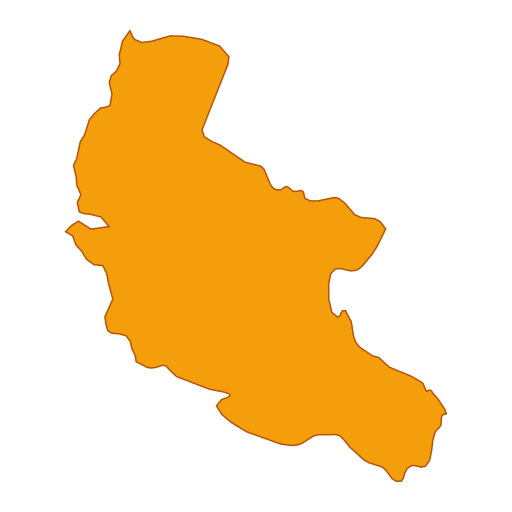 Kakheti, Equal Earth projection
{"feature_id": "GEO-3033", "entity_name": "Kakheti", "entity_type": "Region", "adm_level": 1, "iso_a3": "GEO", "parent_name": "Georgia", "parent_adm1": "", "projection": "equal_earth", "projection_center": [45.882, 41.802], "detail": "fine", "context": "isolated", "style": "filled", "palette": "amber", "viewbox_px": 512, "rotation_deg": 0, "n_neighbors": 0, "source": "natural_earth", "source_scale": "10m", "svg_char_len": 2369}
<svg xmlns="http://www.w3.org/2000/svg" viewBox="0 0 512 512"><path d="M129.9,30.7L132.3,36.1L134.6,39.5L142.1,42.5L151.8,41.2L170.0,35.9L183.0,36.2L202.0,39.4L219.6,46.1L228.9,56.8L228.8,57.1L228.1,63.9L202.0,129.9L204.3,136.8L211.1,141.1L220.2,145.2L245.1,162.2L260.9,166.2L264.0,169.2L270.5,184.7L272.9,188.0L275.9,189.6L280.2,189.9L281.8,189.3L284.8,187.0L286.7,186.5L288.2,187.2L292.0,190.5L293.9,191.4L298.0,191.2L301.1,190.4L303.3,191.9L304.9,198.4L310.3,200.9L317.3,201.0L330.6,198.3L330.8,198.3L332.7,197.8L334.6,197.6L336.5,197.8L338.7,198.4L344.7,203.0L354.6,214.6L361.1,217.5L374.6,218.6L380.1,221.6L385.7,228.9L377.1,246.4L372.2,254.1L362.5,265.8L359.2,268.7L355.6,270.4L350.8,270.9L340.2,268.5L335.2,269.0L330.8,273.6L328.7,283.8L328.8,298.9L331.8,312.3L337.9,317.3L339.9,315.7L341.0,313.0L342.5,310.7L345.7,310.6L346.2,312.2L351.3,321.8L351.6,323.9L353.4,335.5L355.5,342.0L359.4,347.0L371.3,355.1L374.0,356.3L378.6,357.4L389.3,367.2L411.5,376.4L422.7,383.0L426.4,391.3L429.9,390.0L431.5,391.0L433.3,393.8L437.7,398.6L444.9,409.5L446.4,413.8L445.7,414.2L443.8,413.9L441.8,416.2L441.3,418.5L441.1,423.8L440.6,425.7L439.3,427.6L436.3,430.4L435.0,432.3L432.8,440.3L431.6,450.6L429.7,460.2L428.5,462.0L425.3,466.3L420.9,467.1L416.5,465.9L412.1,465.4L407.2,468.4L404.7,473.2L403.4,477.9L401.4,481.1L396.4,481.3L392.3,478.8L385.9,470.3L382.2,467.0L368.6,462.6L363.8,459.8L350.4,447.7L343.7,439.5L340.1,436.0L336.0,434.6L318.9,434.7L313.8,435.8L308.0,439.5L302.0,443.3L297.5,445.0L292.0,445.5L280.9,444.1L247.1,432.0L235.6,425.1L231.2,422.4L221.8,414.4L216.4,405.9L221.4,399.7L226.7,397.8L229.9,396.1L229.6,394.2L224.3,392.1L209.5,389.2L176.7,376.6L169.3,369.7L166.0,365.9L162.7,365.3L155.1,367.6L150.6,368.0L147.0,367.3L136.1,361.7L135.4,356.6L133.9,352.7L132.0,349.2L130.4,341.7L126.2,335.8L119.1,333.8L111.8,333.3L107.8,330.6L106.1,324.8L104.9,316.8L112.8,299.1L108.5,283.2L106.7,273.6L102.8,265.6L94.1,264.7L86.6,259.4L81.7,251.3L75.8,244.7L72.7,235.9L65.6,231.7L71.7,225.3L78.5,221.2L90.9,229.1L109.1,226.6L101.1,217.0L89.9,214.2L84.5,213.7L79.4,211.9L77.3,202.7L80.9,194.6L76.8,185.2L76.2,176.9L73.5,165.4L76.7,158.6L80.3,141.6L84.6,134.9L89.3,119.9L94.8,113.2L100.7,108.0L105.5,107.3L109.9,105.7L112.0,94.2L109.2,82.4L111.4,75.5L116.4,71.1L120.0,63.6L119.3,54.6L122.5,41.2L129.8,30.8L129.9,30.7Z" fill="#f59e0b" stroke="#b45309" stroke-width="1.5"/></svg>